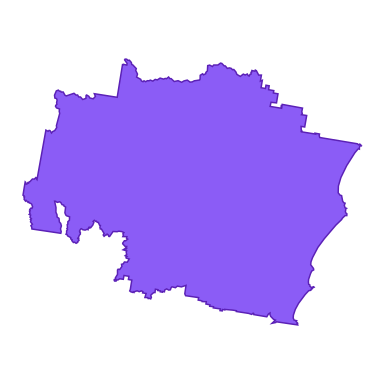 Port Macquarie-Hastings, New South Wales, Australia (Mercator projection)
{"feature_id": "25037944B90970778714828", "entity_name": "Port Macquarie-Hastings", "entity_type": "district", "adm_level": 2, "iso_a3": "AUS", "parent_name": "Australia", "parent_adm1": "New South Wales", "projection": "mercator", "projection_center": [152.45, -31.421], "detail": "fine", "context": "isolated", "style": "filled", "palette": "violet", "viewbox_px": 384, "rotation_deg": 0, "n_neighbors": 0, "source": "geoboundaries", "source_scale": "gbopen_adm2", "svg_char_len": 5844}
<svg xmlns="http://www.w3.org/2000/svg" viewBox="0 0 384 384"><path d="M129.4,60.2L127.8,60.3L126.7,59.2L125.1,59.1L124.6,59.9L127.1,63.4L126.8,65.1L123.4,64.3L123.3,64.8L122.5,64.7L117.2,97.3L94.3,93.7L95.4,96.4L93.2,98.8L89.9,98.0L88.8,96.3L86.7,95.0L86.1,95.4L85.9,98.4L82.7,99.5L80.5,97.0L78.7,96.9L77.6,95.0L76.1,95.1L74.0,93.3L66.3,95.9L65.0,95.3L63.2,92.0L61.2,92.1L60.7,91.2L59.5,91.2L58.3,90.1L56.3,90.9L54.5,95.2L54.9,98.1L56.5,98.6L57.1,100.1L56.6,102.7L56.9,104.3L55.7,105.4L55.5,106.3L56.5,107.9L59.5,109.0L59.2,111.3L59.7,113.4L56.4,125.7L56.7,127.6L54.7,130.6L52.6,131.6L51.5,133.0L50.0,130.6L49.1,130.4L48.1,131.3L45.9,130.1L37.0,179.6L36.4,178.8L36.6,178.0L35.9,177.5L34.3,179.1L32.4,179.0L30.0,181.6L29.1,181.9L28.6,183.1L27.8,182.7L27.4,183.7L26.2,184.2L25.7,183.9L25.8,182.5L25.2,181.9L24.4,186.5L23.0,195.2L24.0,195.8L23.9,196.9L24.5,197.0L24.1,199.3L25.5,201.1L26.1,200.4L28.1,202.4L28.6,201.9L29.5,203.0L30.8,203.4L31.7,204.2L32.6,206.9L31.9,208.4L31.0,208.1L29.7,209.5L30.2,210.8L29.5,211.1L30.0,213.6L29.2,214.4L30.6,215.1L30.0,217.2L31.4,218.8L30.4,219.5L31.0,220.4L30.5,221.8L32.4,224.2L30.9,225.7L31.7,227.0L31.9,229.0L60.8,233.3L61.2,231.7L60.5,228.9L61.4,225.9L60.7,223.4L59.4,222.0L59.0,218.4L57.1,217.0L57.0,214.7L55.9,212.2L56.0,207.6L54.6,201.2L55.7,201.3L57.2,202.4L59.6,201.8L60.8,202.5L62.0,204.6L63.7,205.1L64.0,206.1L65.6,207.0L64.9,212.8L65.7,214.9L66.6,215.8L69.6,216.8L69.4,220.3L67.9,221.6L67.8,224.2L67.2,224.7L67.5,227.9L66.9,228.5L67.5,229.5L66.6,230.9L66.6,233.2L66.0,234.2L67.1,234.7L67.6,235.9L70.7,237.6L70.7,238.9L72.1,239.8L71.8,240.6L73.4,242.5L74.5,242.2L76.1,243.3L77.7,242.4L77.7,241.6L79.0,240.4L78.6,239.1L77.7,238.6L78.0,237.9L78.7,237.9L78.5,237.3L79.3,235.3L80.4,234.0L80.1,232.3L79.2,232.1L80.1,231.9L79.5,231.1L80.6,229.1L81.4,228.7L82.7,229.7L85.1,230.1L87.4,229.2L88.0,229.7L88.6,227.9L89.3,228.0L89.2,227.2L89.8,227.2L89.8,227.9L90.7,227.7L92.8,225.1L93.9,222.3L93.1,221.4L94.3,220.3L95.7,221.4L96.5,221.2L97.2,222.3L98.3,222.4L99.6,225.3L100.4,225.5L99.9,227.2L100.3,229.0L101.4,229.0L104.1,233.5L103.2,235.0L104.1,236.3L105.6,235.0L106.6,234.9L107.1,234.1L108.2,234.9L108.8,236.4L109.6,236.5L113.1,231.5L117.1,231.7L118.8,231.2L121.8,231.6L123.9,232.6L122.9,233.8L123.4,235.1L122.8,236.6L126.9,236.7L126.5,238.2L127.7,239.1L125.6,240.8L124.4,240.7L122.7,243.1L122.7,243.8L125.1,246.4L126.5,246.5L125.8,247.4L126.8,248.1L126.3,248.9L124.9,248.7L123.1,249.8L126.7,250.9L126.2,252.1L126.7,254.5L125.2,255.7L127.0,256.4L126.0,257.2L126.2,258.1L129.2,259.0L127.3,262.2L124.4,262.0L123.3,263.8L121.5,264.3L121.9,266.5L119.7,269.5L118.1,269.2L117.5,270.0L117.5,274.4L115.4,277.8L115.8,279.4L114.4,279.4L114.1,280.0L114.5,281.0L115.4,281.1L116.3,280.9L116.6,279.9L118.0,279.9L119.7,278.8L123.3,279.3L124.0,275.5L128.9,276.3L128.4,279.5L131.8,280.1L130.3,289.5L129.7,290.9L130.6,291.7L132.6,292.4L133.3,291.8L134.0,292.5L134.5,291.7L137.1,290.8L139.2,291.7L141.4,290.9L142.9,291.6L142.6,292.9L146.1,293.5L144.9,297.5L147.5,297.6L148.2,298.6L148.9,298.2L150.7,298.9L151.4,297.3L150.8,295.7L151.1,294.8L153.7,292.6L155.0,292.6L155.4,289.2L158.0,289.7L157.8,290.5L160.5,290.9L160.3,291.8L162.5,292.2L162.7,291.5L164.4,291.8L164.7,290.0L166.6,288.9L168.8,290.1L170.4,289.8L171.0,287.9L172.0,286.8L175.4,287.7L177.4,286.1L181.4,286.9L186.0,285.4L184.8,293.8L185.6,295.7L198.6,297.6L198.2,300.1L200.9,300.6L202.2,301.2L202.2,301.6L206.3,301.7L205.9,304.0L210.0,304.9L209.7,306.3L213.5,306.7L213.3,307.9L220.3,308.9L220.0,310.6L222.2,310.9L222.4,309.5L224.7,309.9L224.7,309.4L232.5,310.1L236.4,310.7L236.3,311.5L248.7,313.4L251.7,314.4L253.1,313.2L253.7,313.5L253.8,314.6L266.8,316.8L268.5,313.9L270.0,313.0L269.9,314.3L270.7,316.4L273.5,319.3L275.4,320.1L272.0,323.3L275.8,322.5L276.3,321.8L297.5,324.9L297.0,324.0L297.7,323.9L297.6,323.1L295.7,320.9L296.2,320.6L294.1,320.1L293.2,318.0L293.4,315.1L295.3,309.4L298.6,303.3L305.1,294.6L308.7,290.7L310.8,290.3L311.4,288.7L311.9,289.0L312.7,287.9L314.1,287.2L313.6,286.7L311.4,287.5L309.9,286.3L309.9,285.0L308.7,284.3L308.4,281.9L308.6,279.4L310.5,273.7L311.7,271.1L313.7,269.9L313.5,268.5L310.7,264.7L311.0,261.8L312.6,257.5L317.9,247.4L324.3,238.7L335.8,225.2L341.7,219.5L342.3,218.3L345.1,215.6L346.8,215.6L346.9,213.8L345.9,213.0L345.4,211.7L345.9,208.6L346.4,208.3L345.0,207.7L344.3,205.3L345.1,203.2L343.9,202.8L342.7,201.3L341.6,195.6L340.0,195.1L338.2,192.8L338.4,186.0L340.9,177.5L346.7,165.6L354.9,152.7L357.8,149.3L358.6,148.8L359.4,149.1L359.4,147.5L360.1,145.7L360.8,145.8L360.5,145.3L361.0,145.2L359.8,144.1L358.5,144.8L357.4,143.8L319.7,137.5L319.2,135.5L319.5,134.0L315.2,133.2L315.5,134.1L315.1,134.0L301.3,131.8L301.1,131.3L301.9,131.0L301.2,129.5L301.1,126.4L304.7,127.0L306.7,115.5L301.5,114.7L302.3,113.5L301.8,111.8L302.5,108.1L282.2,104.4L282.0,105.7L281.3,105.6L281.1,107.2L281.8,107.3L281.6,108.3L270.1,106.4L271.0,102.3L276.5,102.9L278.0,93.8L273.4,93.0L273.8,90.6L268.6,89.7L269.2,85.8L266.0,85.2L265.4,88.5L261.1,87.7L262.3,80.3L260.4,81.1L261.4,75.1L258.7,75.1L256.4,70.7L255.3,70.1L254.9,71.2L251.9,70.5L251.7,72.0L251.0,72.3L251.1,74.0L250.0,74.4L249.2,76.0L248.3,75.7L247.3,74.0L245.2,75.0L243.3,74.1L240.3,76.4L236.9,74.4L235.8,71.8L233.8,69.5L232.5,69.7L231.1,68.3L229.3,67.9L227.3,68.4L225.4,66.0L224.1,65.8L221.8,63.4L220.5,63.1L217.9,65.0L213.7,65.0L212.4,66.5L209.7,65.1L207.7,65.6L207.4,70.9L205.9,72.4L205.7,73.7L203.6,74.8L202.6,73.8L200.2,75.3L200.1,78.9L199.6,80.0L194.3,80.8L192.2,81.9L190.1,82.1L187.3,80.1L184.0,80.9L181.6,82.3L178.1,80.7L174.2,81.5L171.1,78.6L169.8,78.6L168.6,77.0L166.5,78.7L165.2,78.4L163.6,79.1L160.1,78.1L157.3,79.9L155.2,79.4L152.8,81.1L150.3,80.1L149.0,80.8L147.3,80.7L145.7,81.7L144.0,80.8L143.0,81.7L141.4,80.9L140.7,79.3L136.6,77.1L137.5,74.1L135.7,70.4L136.3,68.6L132.9,65.0L131.8,64.5L131.3,62.4L129.4,60.2Z" fill="#8b5cf6" stroke="#5b21b6" stroke-width="1.5"/></svg>